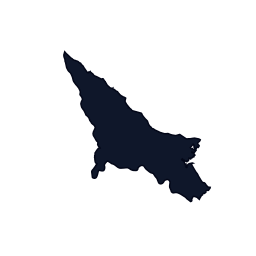 outline of Ungra, Brasov, Romania, rotated 59°
{"feature_id": "2599482B21133330999622", "entity_name": "Ungra", "entity_type": "district", "adm_level": 2, "iso_a3": "ROU", "parent_name": "Romania", "parent_adm1": "Brasov", "projection": "natural_earth1", "projection_center": [25.208, 45.983], "detail": "fine", "context": "isolated", "style": "filled", "palette": "ink", "viewbox_px": 256, "rotation_deg": 59, "n_neighbors": 0, "source": "geoboundaries", "source_scale": "gbopen_adm2", "svg_char_len": 5812}
<svg xmlns="http://www.w3.org/2000/svg" viewBox="0 0 256 256"><g transform="rotate(59 128 128)"><path d="M153.8,182.6L154.0,182.2L154.1,181.3L154.0,180.7L153.5,179.8L152.3,178.3L149.4,175.4L149.4,174.6L150.4,173.4L151.0,172.8L151.7,171.7L151.8,171.4L151.9,170.8L151.8,170.4L151.2,169.4L150.3,168.6L149.3,168.0L148.0,167.6L147.5,167.3L146.8,166.4L146.4,165.5L145.9,163.8L145.8,163.2L145.8,162.8L146.0,162.5L146.4,162.1L148.5,161.0L149.8,160.5L150.4,160.1L151.2,159.3L151.6,159.0L152.9,158.3L156.4,156.9L157.5,156.2L157.9,155.9L158.7,154.8L160.0,152.3L161.2,149.8L161.8,148.8L163.0,147.9L164.8,147.1L165.5,146.7L166.9,145.5L168.5,143.1L168.8,142.3L168.8,141.9L168.6,141.4L168.3,140.8L167.5,140.1L167.2,139.6L167.0,139.2L166.8,137.4L166.8,136.9L166.8,136.3L167.1,135.6L167.3,135.2L168.1,134.3L168.5,134.1L169.3,133.9L170.6,133.9L172.3,133.7L173.3,133.4L176.6,132.2L178.0,131.5L179.7,130.0L180.3,129.7L183.6,129.6L185.7,129.2L186.5,129.2L188.1,129.5L190.8,129.9L191.7,129.7L192.6,128.9L192.9,128.3L193.1,127.4L193.1,126.8L192.7,125.5L192.2,124.6L191.9,124.1L191.8,123.4L191.8,122.7L192.2,121.0L192.8,120.3L193.4,119.9L193.9,119.7L194.5,119.6L195.7,119.7L196.5,120.1L199.2,122.2L200.4,122.8L203.4,123.2L205.0,123.6L205.4,123.5L206.4,123.1L207.0,122.4L207.7,120.6L208.4,119.5L209.5,118.4L211.6,117.0L216.6,114.5L217.0,114.3L219.0,113.9L221.9,112.7L222.9,112.4L223.3,112.2L223.4,111.6L223.4,111.2L223.2,110.8L222.5,110.3L221.5,110.1L221.3,109.8L221.2,109.0L221.0,108.6L220.4,107.8L220.3,107.5L220.4,106.8L222.2,105.1L223.0,104.5L223.5,104.3L224.8,104.0L225.9,103.6L225.3,102.8L224.4,101.1L224.2,101.3L223.6,100.2L223.7,99.8L223.7,98.6L223.1,98.0L222.8,96.8L223.4,96.3L223.4,96.0L223.2,94.4L222.0,93.6L222.0,93.1L222.1,92.5L222.9,91.1L222.4,90.2L221.9,88.8L221.2,88.1L220.4,89.2L219.3,90.1L218.5,90.1L218.0,90.3L217.8,90.2L217.1,90.4L215.4,90.4L214.3,90.8L213.8,91.2L213.8,91.8L213.1,92.1L212.2,92.3L210.3,92.4L205.2,92.4L203.9,92.2L202.3,92.2L201.9,92.4L200.0,92.5L191.9,92.4L191.6,91.6L191.5,90.9L191.6,90.5L191.1,90.9L190.1,93.9L190.1,95.0L190.3,95.8L190.4,95.7L191.5,97.1L191.4,97.3L192.2,97.9L192.2,98.0L191.7,98.4L190.9,98.5L190.7,97.6L188.7,96.9L188.6,97.9L185.3,97.1L184.8,97.4L184.9,97.5L182.8,98.4L182.6,98.1L182.8,97.9L182.5,97.3L184.4,96.6L184.7,96.2L186.2,95.7L186.5,95.4L187.1,95.0L186.8,94.6L187.1,94.4L186.8,93.6L186.8,93.2L187.1,93.0L185.3,91.2L186.7,90.3L186.3,90.0L186.3,89.7L186.2,89.6L186.6,88.8L186.1,86.6L186.6,86.5L186.6,86.2L185.7,86.0L185.7,84.6L183.6,84.8L182.1,81.0L181.1,80.8L179.9,78.3L180.8,77.8L180.4,76.8L180.0,76.3L179.8,76.1L179.4,76.1L178.5,76.4L178.0,76.5L177.5,76.4L176.5,75.6L176.2,73.6L175.8,72.7L175.3,72.1L174.9,72.3L173.9,72.9L171.0,76.1L171.1,76.3L170.8,76.7L170.5,77.1L169.3,80.1L168.3,81.8L167.8,83.0L167.2,83.7L160.2,87.0L159.1,91.0L157.0,93.5L155.7,94.8L153.3,96.6L152.4,98.5L151.5,99.9L150.6,100.7L150.3,101.1L149.8,101.4L148.2,102.9L147.0,103.6L143.8,105.8L141.8,106.7L141.1,107.5L140.5,107.7L138.8,107.9L138.1,108.3L135.5,108.5L133.1,108.0L132.0,107.8L130.6,108.1L129.2,108.5L125.9,109.0L124.2,109.1L123.0,108.9L122.1,109.0L115.2,115.6L113.8,115.7L113.5,115.8L111.9,116.4L110.8,116.5L110.7,116.8L110.6,116.6L110.4,116.7L110.1,116.5L110.2,116.4L110.0,116.6L108.9,116.8L106.7,117.1L106.3,117.0L105.9,117.1L105.7,117.0L105.1,117.1L104.0,116.9L103.3,116.7L102.1,115.5L101.9,115.4L101.6,115.0L101.2,114.6L100.7,114.8L100.6,115.0L100.0,115.2L98.5,116.4L98.3,116.4L98.2,116.6L97.5,116.8L97.4,117.0L95.0,117.9L93.8,118.0L93.4,118.2L91.4,118.3L90.1,119.3L89.7,119.3L89.1,119.6L88.9,119.6L88.5,119.7L88.1,120.0L87.5,120.2L87.5,120.4L87.0,120.7L86.2,120.8L86.0,120.6L86.0,121.0L85.6,121.5L84.6,122.5L83.9,122.9L82.7,123.1L82.0,123.4L80.2,123.8L79.4,123.8L78.8,123.7L78.0,123.7L77.8,123.8L77.0,123.8L76.8,123.8L76.6,123.9L76.4,123.7L76.2,123.9L74.8,123.9L74.6,124.0L73.7,123.9L73.0,124.0L72.6,124.5L72.5,124.8L72.8,125.4L67.8,128.5L66.1,129.8L65.2,130.2L63.5,130.3L62.6,130.7L61.6,131.0L61.3,131.3L60.9,131.3L60.2,131.3L60.4,131.8L60.3,132.0L60.1,132.2L60.2,132.5L59.8,132.7L59.8,133.0L60.2,133.1L60.2,133.3L60.0,133.5L59.9,133.8L59.5,134.3L53.5,134.7L52.0,134.6L51.4,134.7L49.8,135.2L49.4,135.3L48.4,135.2L48.2,135.4L47.8,135.4L47.6,135.6L47.1,136.1L45.8,136.4L44.9,136.8L43.6,138.0L43.3,138.1L42.1,139.3L40.8,140.0L39.9,140.2L38.5,140.9L33.6,142.2L32.6,142.6L30.1,143.0L31.7,144.7L32.4,145.1L32.3,145.3L33.3,145.9L34.9,146.4L36.4,146.6L38.8,147.7L39.5,147.7L44.7,149.5L47.7,149.7L48.7,149.6L51.2,148.9L53.0,149.0L55.7,149.4L56.8,149.7L59.0,150.4L60.2,150.6L64.0,150.3L65.1,150.0L67.0,149.8L68.2,149.6L70.4,149.8L71.4,149.9L72.3,150.2L72.9,150.5L73.9,151.4L74.8,152.0L77.6,151.7L79.8,152.1L80.2,152.5L81.1,153.8L81.3,154.2L82.7,155.7L83.4,156.1L85.6,156.8L86.6,157.0L89.1,156.9L89.7,156.7L91.7,156.8L93.6,157.0L95.0,157.3L95.6,157.2L97.0,156.6L98.2,156.4L99.5,156.3L101.8,156.8L104.4,156.6L105.0,156.7L106.4,156.3L107.4,155.9L107.7,155.8L108.4,155.6L109.5,155.6L110.6,155.7L111.6,156.8L113.5,159.6L114.9,160.9L116.6,161.5L119.7,161.5L121.3,161.6L123.0,161.6L123.9,161.2L124.9,161.2L126.7,162.6L128.6,162.7L129.5,162.5L129.7,162.4L129.8,162.3L130.7,162.3L130.4,162.9L130.2,163.9L130.6,165.1L131.2,166.6L132.1,168.3L132.3,168.9L132.9,169.4L133.5,169.6L133.9,170.0L134.4,170.7L135.6,171.4L136.0,171.8L136.8,172.0L138.3,172.8L140.3,173.6L140.8,173.6L141.8,173.5L142.2,173.4L142.8,173.0L143.7,174.5L143.4,174.7L144.1,175.8L144.7,177.4L145.1,178.0L145.4,178.9L145.8,180.2L146.2,181.0L146.8,181.6L151.9,183.9L152.2,183.9L152.7,183.7L153.2,183.3L153.8,182.6ZM176.0,80.3L176.3,80.7L177.5,80.3L177.7,80.8L178.0,80.8L178.3,81.3L179.3,80.9L179.8,81.3L180.0,81.2L180.4,81.4L180.8,81.3L181.0,81.4L181.3,82.5L178.9,83.3L179.3,84.2L176.9,84.7L175.6,81.0L175.4,80.6L176.0,80.3ZM182.8,85.1L181.9,85.9L181.4,85.4L182.3,84.7L182.8,85.1Z" fill="#0f172a" stroke="#020617" stroke-width="1.5"/></g></svg>